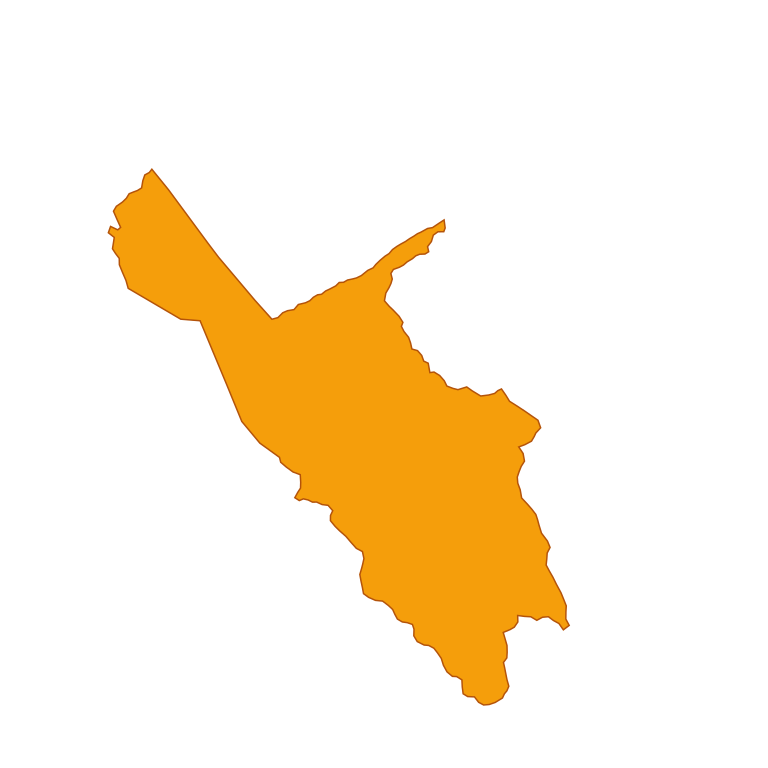 São João do Rio do Peixe, Paraíba, Brazil, rotated 139°
{"feature_id": "56859067B54672156861025", "entity_name": "São João do Rio do Peixe", "entity_type": "district", "adm_level": 2, "iso_a3": "BRA", "parent_name": "Brazil", "parent_adm1": "Paraíba", "projection": "equal_earth", "projection_center": [-38.435, -6.751], "detail": "fine", "context": "isolated", "style": "filled", "palette": "amber", "viewbox_px": 768, "rotation_deg": 139, "n_neighbors": 0, "source": "geoboundaries", "source_scale": "gbopen_adm2", "svg_char_len": 3183}
<svg xmlns="http://www.w3.org/2000/svg" viewBox="0 0 768 768"><g transform="rotate(139 384 384)"><path d="M527.5,98.3L525.9,93.2L521.0,88.5L521.4,81.7L519.4,76.4L514.9,73.1L509.0,70.7L500.6,69.3L496.4,71.2L492.6,71.8L488.1,74.0L485.1,80.3L482.0,85.7L479.0,90.9L476.5,95.5L471.0,96.7L467.0,100.8L462.7,106.0L460.8,110.1L457.0,118.3L449.9,115.9L445.2,115.0L439.1,116.6L435.0,121.6L430.4,116.4L425.9,112.0L423.7,105.4L417.4,104.0L412.6,100.5L411.3,94.4L409.1,88.5L409.9,80.8L402.6,80.3L401.0,87.3L396.1,92.8L392.0,97.0L389.6,103.8L387.4,110.3L385.3,119.7L383.3,127.3L381.9,134.4L380.4,141.0L376.0,145.1L371.7,149.4L365.9,151.7L363.7,158.2L363.0,168.1L359.5,176.0L357.1,180.9L355.0,185.9L354.6,192.4L354.6,199.2L354.9,207.7L350.6,214.8L348.1,221.4L344.5,226.3L339.4,229.3L334.5,231.8L328.6,233.6L324.6,240.3L323.6,248.1L317.5,245.8L310.2,244.1L305.1,245.8L301.6,247.4L294.5,248.2L291.6,255.6L293.7,263.8L295.4,270.6L297.6,278.5L300.6,288.6L299.4,295.8L298.6,303.2L302.4,304.3L306.7,304.3L312.2,307.0L318.9,311.5L321.9,320.9L323.5,327.5L328.0,329.5L331.9,331.2L334.8,335.4L337.9,341.2L336.4,346.9L336.4,353.9L338.4,360.2L341.9,362.5L337.0,370.7L339.0,375.2L336.8,380.8L336.8,387.2L340.0,392.1L337.0,397.6L334.8,403.1L334.5,410.5L333.1,416.1L329.3,418.1L328.2,425.2L328.6,434.0L329.1,439.1L329.1,446.5L323.0,451.4L317.1,453.4L312.8,455.3L308.9,457.8L306.3,462.9L301.7,464.3L295.8,462.0L291.3,461.0L286.4,461.0L280.3,459.9L275.9,459.9L271.9,458.5L267.8,455.2L263.5,454.5L261.0,459.1L254.8,460.4L249.1,464.0L243.4,463.5L239.0,459.7L235.5,461.6L231.0,468.4L237.5,469.3L244.8,470.2L249.1,472.8L252.9,473.6L256.6,474.4L260.2,475.5L264.5,476.0L269.3,476.9L274.6,477.5L279.5,478.6L284.1,479.4L289.4,479.9L294.6,479.1L299.4,479.8L305.7,479.9L311.7,479.6L316.0,478.8L321.7,480.4L330.0,480.7L335.2,482.1L339.0,484.0L343.3,486.4L347.8,487.3L351.2,490.0L356.1,489.7L362.8,491.3L367.0,492.5L372.3,492.7L375.6,494.9L380.4,495.8L385.3,495.5L390.0,496.8L396.5,500.2L403.1,499.2L408.7,502.6L413.7,504.2L420.5,503.7L426.1,506.4L426.5,531.8L426.1,559.4L425.7,588.2L424.5,605.7L419.2,671.9L418.3,698.4L422.4,697.6L427.4,698.7L432.7,695.6L438.3,691.0L443.2,691.8L446.9,693.2L451.5,694.8L456.6,693.2L462.1,692.9L469.4,693.7L474.8,691.9L477.5,683.4L480.0,675.0L483.8,675.0L487.0,682.3L492.8,679.0L491.4,671.6L496.0,667.7L500.2,664.2L501.0,658.5L501.4,652.5L505.5,647.6L508.2,639.6L510.8,631.4L514.3,624.0L494.9,566.3L481.3,552.4L503.3,486.2L515.9,449.0L516.5,420.8L511.0,397.2L513.3,392.7L512.2,385.2L510.4,377.3L506.7,370.5L511.4,364.4L515.3,360.2L520.2,358.8L525.9,356.7L524.4,351.6L520.2,350.2L517.3,346.2L515.5,341.8L512.3,339.1L509.8,333.6L505.8,329.1L505.8,322.0L510.6,319.9L514.1,316.0L514.3,308.5L513.8,302.1L512.7,294.0L512.8,286.2L512.7,278.1L510.2,271.7L513.7,265.4L518.0,262.2L521.6,259.7L527.2,256.1L530.6,250.4L533.8,244.6L537.0,239.2L535.6,233.1L532.4,226.3L527.5,221.1L526.0,214.0L525.4,208.1L526.9,203.1L528.1,197.8L526.3,192.4L523.0,188.6L520.3,183.9L522.2,179.3L526.7,174.4L527.9,167.8L525.0,160.7L521.8,157.4L519.7,151.9L520.0,146.2L520.8,139.3L523.7,132.7L525.3,125.4L524.2,118.5L521.1,115.5L519.3,109.6L523.7,104.0L527.5,98.3Z" fill="#f59e0b" stroke="#b45309" stroke-width="1.5"/></g></svg>